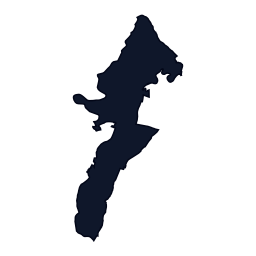 Cuci, Mures, Romania
{"feature_id": "2599482B99842368933543", "entity_name": "Cuci", "entity_type": "district", "adm_level": 2, "iso_a3": "ROU", "parent_name": "Romania", "parent_adm1": "Mures", "projection": "equal_earth", "projection_center": [24.16, 46.44], "detail": "fine", "context": "isolated", "style": "filled", "palette": "ink", "viewbox_px": 256, "rotation_deg": 0, "n_neighbors": 0, "source": "geoboundaries", "source_scale": "gbopen_adm2", "svg_char_len": 5639}
<svg xmlns="http://www.w3.org/2000/svg" viewBox="0 0 256 256"><path d="M93.8,240.6L96.7,235.8L97.0,235.7L97.8,236.0L97.9,233.2L98.4,231.7L99.1,230.8L101.3,227.3L100.9,227.2L102.0,225.8L102.1,225.7L102.4,224.1L102.6,222.5L103.0,220.7L103.0,220.3L102.8,219.7L102.8,218.2L103.2,215.6L103.4,215.1L104.2,213.9L105.5,212.2L105.6,210.5L106.3,207.0L106.3,204.7L105.9,203.5L106.1,202.8L105.9,202.3L105.0,201.7L105.3,200.4L106.3,199.9L106.8,199.4L107.3,199.3L107.8,198.9L108.8,197.3L109.9,196.3L109.9,195.6L110.7,194.7L111.6,192.8L111.6,192.5L111.9,191.9L112.1,191.0L112.7,189.9L112.7,188.9L113.1,188.0L113.0,185.5L113.5,184.2L113.6,183.0L114.0,181.5L114.3,181.1L114.9,180.7L115.1,180.1L115.5,179.8L120.1,168.5L123.5,169.3L123.9,168.5L124.0,167.3L125.2,167.6L125.6,166.5L125.8,165.4L125.6,164.9L125.8,164.1L126.6,162.2L127.8,160.3L128.5,159.6L130.1,158.5L133.5,156.4L138.6,153.1L140.8,151.1L140.8,150.5L141.8,149.2L142.7,148.3L144.2,147.0L145.1,146.7L148.5,141.5L151.1,138.4L151.5,136.8L151.4,136.8L151.8,136.2L154.2,134.4L156.9,132.0L158.4,129.8L156.1,129.3L155.0,129.0L153.7,128.4L153.4,128.5L151.1,127.5L147.8,126.4L146.5,126.2L135.9,124.2L137.1,120.0L137.5,116.5L137.3,112.9L137.4,111.6L137.5,111.0L138.3,108.2L139.7,105.3L140.1,104.1L140.1,103.8L141.4,101.3L142.3,101.6L142.8,99.0L143.3,95.0L149.1,97.1L149.0,90.0L147.8,90.5L148.0,90.8L147.5,91.1L147.3,90.9L146.0,91.4L145.0,89.4L145.8,89.1L145.5,88.5L143.6,89.3L143.1,90.1L142.4,89.4L144.5,86.2L146.3,84.9L147.6,84.4L147.3,83.7L148.2,83.4L148.3,83.5L148.8,83.3L149.0,83.8L150.6,83.1L150.7,82.8L151.2,82.9L151.7,83.0L151.9,82.7L153.8,83.4L155.3,83.6L156.3,83.3L156.8,82.9L157.2,82.0L157.6,80.9L157.5,79.8L157.3,78.9L156.0,76.7L155.8,75.8L155.7,75.1L155.9,74.7L156.6,73.9L160.0,71.5L161.0,69.9L161.6,69.3L162.2,69.0L162.9,69.0L163.2,69.3L163.1,69.6L161.8,72.1L161.8,72.8L162.0,73.4L162.6,74.0L163.4,74.2L164.0,74.3L164.6,74.2L166.4,73.3L167.5,73.1L168.2,73.2L169.2,73.5L170.1,73.9L170.4,74.3L170.4,74.9L170.2,75.2L168.6,75.8L168.1,76.1L167.4,77.1L167.2,77.7L167.2,78.4L167.6,79.7L168.8,81.3L169.5,81.9L170.6,82.1L171.0,82.0L172.3,81.3L173.0,80.8L173.5,80.1L174.7,77.9L176.4,75.8L177.9,74.5L178.7,74.2L179.7,74.2L180.6,74.8L180.9,75.4L181.4,75.2L181.2,74.7L181.6,71.7L181.0,71.5L181.8,68.6L182.4,66.7L182.5,65.8L182.3,64.5L181.6,64.1L180.7,63.1L180.1,62.9L179.5,62.9L178.3,62.4L177.3,62.7L176.3,62.6L176.5,61.8L176.5,61.5L175.2,60.0L175.0,59.2L174.9,57.6L177.0,56.0L173.9,53.0L172.3,51.1L171.2,50.5L168.8,48.5L168.2,47.5L166.5,46.1L164.9,45.1L163.5,43.5L162.7,42.9L160.6,41.7L159.7,41.0L157.6,37.5L157.3,36.6L156.7,34.3L156.0,33.4L155.7,32.3L154.8,31.8L153.3,29.6L153.1,28.8L153.0,27.2L152.8,26.4L151.3,24.7L150.9,23.3L149.8,21.5L149.3,21.0L148.6,19.9L148.3,19.1L147.1,17.8L145.9,16.9L144.7,16.6L142.8,15.5L141.8,15.4L141.0,15.5L139.2,16.3L137.1,17.4L137.8,18.5L137.9,19.8L137.0,21.8L135.1,24.6L135.6,25.5L135.6,26.3L134.9,28.3L133.5,30.9L132.3,32.0L131.2,32.6L131.1,33.0L131.2,34.6L130.7,35.3L129.1,37.3L125.6,40.9L125.4,41.7L125.4,42.3L126.2,43.9L126.5,44.0L126.5,46.1L123.2,49.0L121.7,50.6L121.7,51.4L121.9,52.4L121.6,53.3L120.9,54.5L120.5,55.5L118.2,60.2L118.2,60.7L117.2,61.1L113.7,61.8L113.1,62.2L112.5,62.6L111.7,63.6L110.5,65.7L110.0,66.5L108.1,68.3L104.4,72.3L103.8,72.7L102.8,73.2L98.5,74.3L98.0,74.5L97.6,74.9L97.6,75.2L97.7,76.1L98.8,78.1L99.0,78.8L99.0,79.6L98.8,81.2L97.5,87.0L97.5,87.5L98.3,89.3L99.6,90.6L101.3,91.7L104.9,93.7L105.9,94.6L106.0,95.0L106.1,96.1L105.7,97.1L105.4,97.5L104.1,98.4L100.0,100.0L98.4,100.2L96.2,100.2L93.0,100.6L89.9,100.7L88.9,100.7L87.8,100.4L87.1,100.1L86.5,99.6L83.4,96.9L81.7,95.6L80.5,94.9L79.3,94.5L78.2,94.5L76.6,94.7L75.4,95.0L74.4,95.5L73.8,96.1L73.5,97.1L73.6,98.3L74.1,100.1L75.4,102.2L76.0,102.7L76.9,103.3L78.3,103.6L83.2,103.9L84.2,104.2L84.8,104.8L85.3,106.9L86.1,108.2L89.7,111.5L97.9,114.5L98.5,114.8L98.9,115.3L99.1,115.9L99.2,116.7L98.9,118.7L98.6,119.4L97.8,120.3L96.8,121.1L95.8,121.5L93.9,121.7L94.3,122.5L94.9,123.1L95.1,123.8L95.6,124.7L95.7,125.2L96.3,125.7L96.3,126.0L95.5,126.2L95.0,126.5L93.7,126.7L92.9,126.6L92.9,127.2L93.2,127.7L93.9,128.7L94.7,129.2L95.8,129.6L95.9,130.6L96.5,130.9L98.4,130.2L100.7,129.8L100.4,128.2L99.6,127.1L98.6,126.2L98.8,125.6L99.9,124.6L103.2,123.2L103.9,123.1L105.0,122.3L106.1,121.8L107.8,121.6L110.3,121.6L112.6,121.9L113.2,121.9L114.8,122.3L114.3,122.7L115.8,123.2L113.6,126.4L112.1,125.8L111.5,126.6L115.4,128.1L113.4,133.8L112.2,136.6L111.3,138.3L110.9,138.9L109.6,139.9L107.4,141.4L104.9,142.0L103.6,142.6L101.2,144.2L98.3,147.6L97.4,149.2L97.3,149.7L97.3,150.6L96.9,151.2L96.4,152.4L96.5,154.3L96.7,156.8L96.5,157.8L96.4,158.0L96.0,158.1L95.1,158.1L94.4,158.1L93.8,160.3L94.0,160.8L93.7,160.8L93.6,161.5L94.0,162.1L95.2,162.6L94.2,165.3L94.2,166.0L94.3,166.7L94.2,167.1L94.1,166.9L93.6,166.0L93.1,165.7L92.5,165.5L92.0,164.9L90.8,167.1L91.1,167.3L91.2,167.8L91.1,168.0L90.5,168.0L90.3,168.1L90.2,168.6L89.8,168.8L89.2,168.6L88.3,170.1L88.4,170.3L88.5,170.2L88.5,170.3L88.5,170.7L89.0,170.7L89.1,171.0L88.0,171.2L87.9,171.0L87.8,171.4L87.5,171.4L87.5,171.7L87.0,171.8L87.0,172.1L87.2,172.4L87.8,172.7L88.3,173.5L88.4,174.9L89.4,176.9L89.5,177.4L89.3,177.9L88.0,179.6L86.2,181.1L83.3,183.3L81.3,184.4L80.2,186.2L79.6,187.4L78.7,190.9L78.5,192.3L78.0,194.0L77.6,195.2L77.4,197.8L77.2,198.3L76.8,200.5L77.2,203.7L77.1,204.4L77.1,206.3L77.7,208.3L78.2,209.5L78.5,210.7L78.9,211.6L79.0,212.2L78.9,212.9L76.9,214.5L75.7,216.1L75.5,216.6L75.3,217.7L75.3,219.7L75.1,221.4L76.6,231.1L77.3,231.7L78.0,232.6L78.8,233.1L80.8,233.9L82.1,234.7L82.9,235.5L84.1,236.3L84.5,236.4L87.5,236.3L88.8,236.4L89.8,236.7L91.2,237.7L93.5,240.1L93.8,240.6Z" fill="#0f172a" stroke="#020617" stroke-width="1.5"/></svg>